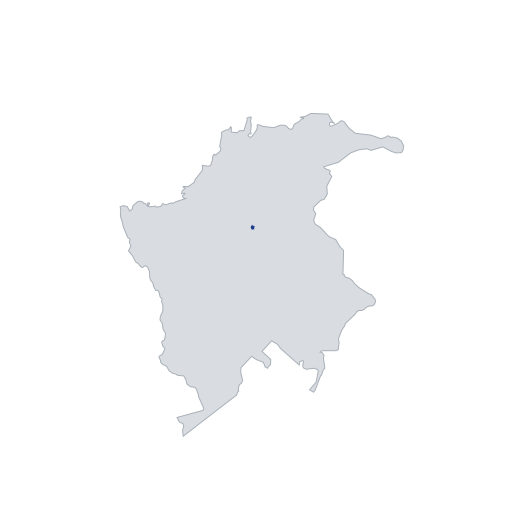 location of Tocancipá, Cundinamarca, Colombia, rotated 42°
{"feature_id": "7082276B10728251723000", "entity_name": "Tocancipá", "entity_type": "district", "adm_level": 2, "iso_a3": "COL", "parent_name": "Colombia", "parent_adm1": "Cundinamarca", "projection": "albers", "projection_center": [-73.95, 4.971], "detail": "fine", "context": "in_parent", "style": "filled", "palette": "blue", "viewbox_px": 512, "rotation_deg": 42, "n_neighbors": 0, "source": "geoboundaries", "source_scale": "gbopen_adm2", "svg_char_len": 4412}
<svg xmlns="http://www.w3.org/2000/svg" viewBox="0 0 512 512"><g transform="rotate(42 256 256)"><path d="M291.0,85.8L286.3,87.8L277.2,90.1L270.9,100.4L266.6,102.2L261.3,108.3L257.4,115.9L254.5,131.3L246.7,144.3L247.3,144.9L250.4,144.3L253.4,142.9L254.4,143.3L255.5,145.6L259.1,146.2L261.9,156.8L267.4,162.1L268.0,164.2L268.7,168.6L266.8,171.3L266.2,181.0L267.9,183.4L272.0,184.4L274.7,190.4L276.4,191.8L278.9,192.7L284.8,191.7L295.6,192.7L298.1,192.5L304.1,190.4L311.8,192.9L317.4,193.3L332.9,211.5L334.4,210.9L336.4,212.0L340.3,210.1L343.6,209.8L348.0,210.6L353.8,210.6L365.4,208.6L367.2,207.5L373.5,208.5L375.4,209.9L376.4,213.3L375.7,215.4L373.5,217.5L372.3,220.3L372.1,223.6L370.9,226.0L368.9,227.6L368.1,230.0L368.6,233.0L367.6,246.8L368.5,247.9L369.3,253.5L372.0,260.9L373.3,263.0L375.6,264.6L379.8,270.7L378.9,272.7L368.4,282.3L367.9,284.5L369.9,283.6L373.2,284.4L374.3,286.7L382.2,293.2L382.2,295.7L384.4,300.6L384.1,301.7L389.6,315.8L389.9,318.7L385.3,319.6L385.1,310.2L384.4,308.2L379.2,299.9L378.1,299.2L374.7,300.2L369.1,306.5L366.4,307.4L364.3,306.6L362.1,302.9L360.7,302.2L359.3,305.4L361.1,308.1L335.9,308.3L331.0,307.2L324.3,308.6L324.3,322.9L336.2,323.0L339.5,327.1L339.2,330.4L339.8,331.6L336.9,332.3L332.7,330.1L325.3,332.8L319.9,333.5L319.6,349.2L322.9,353.1L329.3,357.3L330.3,360.1L329.8,362.8L331.4,366.2L333.5,367.9L333.5,370.0L334.6,372.2L322.5,438.6L318.0,434.6L316.3,431.0L314.1,429.5L309.9,430.6L305.3,428.8L319.9,406.3L319.4,404.3L307.1,398.8L305.8,397.5L300.0,394.5L296.8,395.4L295.0,396.9L290.5,397.4L286.9,395.0L282.6,393.4L277.5,397.2L276.0,397.2L272.3,398.9L268.4,399.5L263.3,397.8L259.2,399.0L256.3,398.8L255.2,397.6L251.6,396.2L251.2,394.7L252.2,391.9L250.6,386.5L250.0,385.5L247.2,385.4L244.0,383.5L243.3,382.3L244.0,380.0L243.4,378.1L240.3,373.8L235.9,372.6L231.6,368.9L227.4,367.7L225.4,365.0L223.6,359.1L219.2,354.5L216.1,352.9L215.1,350.8L212.0,350.5L207.7,347.5L205.8,347.3L204.5,348.7L200.5,347.2L197.1,345.0L193.6,344.4L191.3,343.0L187.2,338.8L182.7,336.7L180.1,337.4L179.3,340.6L177.8,341.1L172.6,340.3L171.7,341.0L170.4,340.8L164.1,338.5L157.9,337.6L156.3,332.2L152.4,330.3L151.2,327.8L148.4,328.1L137.8,323.1L133.4,319.8L129.7,317.9L125.8,314.1L125.1,312.6L122.1,310.3L123.6,307.5L127.3,305.4L132.0,307.1L132.6,303.8L130.9,300.9L131.8,294.3L133.1,292.9L135.7,291.6L137.3,292.1L138.3,291.0L142.2,291.5L143.4,291.0L146.3,288.4L147.6,286.3L149.0,286.5L152.1,283.0L151.6,279.4L154.6,278.6L157.8,272.8L159.1,272.7L159.8,269.9L165.3,260.3L163.3,261.4L161.2,260.7L161.5,257.5L160.9,257.1L159.1,259.6L157.6,257.0L158.0,252.9L155.6,253.6L155.7,252.7L159.3,249.6L160.8,242.5L159.6,239.9L158.9,229.2L158.3,227.2L155.4,224.5L160.1,221.5L161.7,219.2L159.7,214.5L156.9,210.4L156.9,208.1L158.5,208.3L159.2,201.7L157.7,199.2L155.8,199.1L149.8,189.3L147.6,187.2L149.3,182.6L151.1,180.5L150.7,176.9L151.9,177.1L154.5,180.4L155.6,179.9L159.7,176.8L159.8,174.0L163.1,171.0L158.6,161.0L157.0,159.4L158.9,156.2L160.0,156.4L161.7,159.5L164.6,161.6L168.8,167.2L170.6,168.4L169.3,169.7L169.0,171.0L169.6,171.8L172.0,171.9L173.0,170.4L172.4,163.6L171.4,160.2L169.2,157.8L169.9,156.8L174.2,155.2L183.3,148.8L186.4,142.7L188.7,140.5L191.4,139.1L194.6,139.4L197.2,138.7L197.9,136.8L196.3,132.6L198.2,126.8L198.1,123.9L199.4,122.1L199.0,121.5L195.7,123.5L199.1,119.5L201.4,113.3L214.5,102.4L223.0,105.0L225.7,104.8L222.2,106.2L221.6,107.8L222.9,109.4L224.1,109.9L225.2,108.9L228.1,102.5L228.5,99.0L229.8,97.8L231.6,97.3L239.9,98.8L247.8,98.3L260.6,89.2L270.3,85.3L272.6,81.6L273.3,78.8L275.0,77.7L276.9,77.7L278.0,76.1L282.4,73.7L287.2,73.4L292.2,75.5L294.5,79.2L294.9,81.8L291.0,85.8ZM142.3,290.3L141.7,290.8L140.6,289.9L140.2,288.8L140.9,288.0L141.8,288.3L142.3,290.3Z" fill="#d9dde1" stroke="#a8b0b8" stroke-width="1"/><path d="M234.8,235.9L234.7,236.0L234.4,236.2L234.3,236.3L234.2,236.3L234.1,236.5L234.2,236.8L234.2,237.0L233.9,237.2L233.7,237.2L233.6,236.9L233.6,236.7L233.4,236.6L233.2,236.7L233.2,236.8L233.2,236.7L233.1,236.8L233.2,237.0L233.1,236.9L233.1,237.0L233.3,237.3L233.4,237.5L233.5,237.6L233.6,237.8L233.8,237.8L234.0,237.9L234.1,238.0L234.3,238.1L234.5,238.3L234.8,238.3L234.8,238.2L235.0,238.0L235.0,237.9L235.2,237.7L235.3,237.6L235.5,237.5L235.5,237.4L235.4,237.3L235.3,237.2L235.2,237.2L235.1,236.9L235.2,237.0L235.2,236.9L235.3,236.9L235.2,236.8L235.2,236.7L235.0,236.4L234.9,236.3L234.9,236.2L234.8,235.9Z" fill="#3b82f6" stroke="#1e3a8a" stroke-width="1.5"/></g></svg>